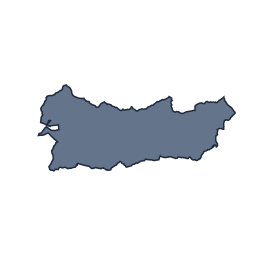 outline of Valea Salciei, Buzau, Romania, rotated 121°
{"feature_id": "2599482B75081483898693", "entity_name": "Valea Salciei", "entity_type": "district", "adm_level": 2, "iso_a3": "ROU", "parent_name": "Romania", "parent_adm1": "Buzau", "projection": "natural_earth1", "projection_center": [26.813, 45.506], "detail": "fine", "context": "isolated", "style": "filled", "palette": "slate", "viewbox_px": 256, "rotation_deg": 121, "n_neighbors": 0, "source": "geoboundaries", "source_scale": "gbopen_adm2", "svg_char_len": 5847}
<svg xmlns="http://www.w3.org/2000/svg" viewBox="0 0 256 256"><g transform="rotate(121 128 128)"><path d="M155.2,212.9L156.4,212.7L157.2,212.0L157.9,211.2L158.3,209.9L159.3,209.5L159.9,209.1L160.4,208.5L160.6,207.8L161.5,208.0L163.8,207.8L168.3,205.7L167.5,201.8L167.3,199.6L166.7,199.1L166.3,199.0L165.6,199.4L164.4,199.4L162.8,199.8L162.2,199.5L161.7,198.9L161.6,198.2L163.9,198.5L165.3,198.9L166.6,198.6L167.1,199.0L167.6,199.0L166.9,195.7L166.3,195.9L161.2,189.3L164.9,186.4L167.8,189.2L168.2,190.3L169.5,192.2L169.1,198.7L171.2,199.3L171.8,199.2L173.6,199.6L175.3,199.5L176.0,199.8L176.7,199.8L177.7,200.3L178.2,201.2L178.5,201.3L178.8,201.3L179.2,201.0L180.2,201.1L180.6,201.0L177.4,196.6L173.8,194.3L173.4,193.7L173.4,193.2L174.4,190.0L174.7,188.6L175.4,185.8L176.1,181.2L177.1,181.6L177.6,182.1L177.9,182.2L180.0,181.7L181.3,182.2L182.7,182.2L184.0,181.6L184.3,181.7L186.9,181.7L188.9,180.0L189.4,178.9L190.8,177.6L192.8,176.3L193.7,176.0L196.9,175.9L197.9,175.6L199.3,175.8L200.3,175.6L201.7,175.9L202.3,175.5L202.7,174.8L203.7,174.0L203.9,173.4L203.9,172.3L203.7,171.8L203.1,171.3L203.0,169.5L202.5,169.2L200.9,169.0L200.0,167.5L199.7,166.5L197.6,166.6L196.8,166.3L196.2,165.1L196.2,164.3L195.7,163.2L194.3,162.2L194.1,161.6L193.8,159.5L193.9,159.0L193.8,158.6L193.0,157.8L192.5,157.5L192.4,156.9L191.6,155.8L190.9,155.4L188.5,152.9L187.4,152.9L186.2,153.3L186.0,153.1L186.2,152.5L186.0,152.4L185.8,152.3L185.0,153.0L184.0,152.6L184.0,151.8L183.2,149.2L182.9,147.6L182.7,147.2L182.3,145.3L181.9,144.8L181.3,142.6L180.8,142.1L181.1,140.1L181.4,139.1L181.4,138.3L180.5,136.8L178.9,135.9L178.5,134.7L178.0,134.0L177.9,132.9L177.0,131.1L176.9,130.2L176.7,130.0L176.3,130.0L175.6,129.5L175.2,128.7L174.7,128.3L174.8,128.0L175.1,127.8L174.8,126.6L175.2,124.9L174.8,124.7L174.6,123.7L173.9,122.4L173.1,121.6L172.4,121.3L172.2,121.5L170.6,121.6L169.4,120.9L168.5,120.6L167.7,120.0L166.4,119.6L165.7,118.8L163.8,118.9L162.2,117.9L160.7,117.6L160.6,117.3L160.8,116.0L161.4,115.2L161.2,113.6L161.0,113.0L161.7,112.3L161.5,110.9L162.4,109.5L162.2,108.9L161.2,108.1L160.7,107.5L159.6,106.7L158.6,105.6L157.3,105.6L156.3,104.8L155.8,103.9L154.5,103.3L153.9,103.2L153.4,101.9L153.2,101.6L151.8,101.1L151.0,100.4L150.0,100.1L149.4,99.5L148.9,98.7L148.1,98.2L147.9,97.3L145.5,96.7L145.3,95.6L144.0,92.7L143.4,92.0L142.4,88.8L139.3,85.2L136.3,86.0L135.4,86.0L135.6,85.7L135.2,84.4L135.1,83.3L134.7,82.1L133.9,80.5L133.8,80.2L132.9,79.6L132.6,78.7L131.8,78.4L131.2,77.2L130.5,76.7L130.3,75.9L130.4,74.9L130.1,73.8L129.6,72.8L129.7,71.9L129.6,71.5L128.3,70.1L127.2,70.2L126.7,69.7L125.9,66.8L124.8,65.6L124.7,64.4L124.1,64.1L123.9,63.5L124.1,62.6L123.4,60.9L123.2,60.7L122.7,60.6L122.1,60.8L120.9,59.9L121.9,57.5L121.9,55.8L120.7,54.2L120.8,53.5L120.5,52.4L119.9,51.9L118.9,51.5L118.4,50.9L117.5,50.8L117.4,50.4L115.7,50.3L114.1,50.8L112.1,50.9L111.2,50.6L109.3,50.8L108.1,50.1L107.5,49.3L106.3,48.6L105.5,48.6L105.3,47.9L104.8,47.2L103.3,46.6L102.4,45.8L101.4,45.9L100.9,45.2L100.7,45.2L100.5,45.6L100.2,45.9L100.0,45.4L99.6,44.9L98.9,45.8L98.4,45.5L98.2,45.1L97.9,45.0L97.7,44.2L97.9,43.3L98.6,42.9L98.7,42.5L97.9,42.2L97.0,42.2L95.5,43.2L95.2,43.6L94.7,44.7L93.7,46.3L93.1,46.5L91.8,47.5L89.3,48.6L88.3,48.0L87.2,48.0L86.9,48.7L86.5,49.1L84.3,49.6L83.4,50.2L83.3,50.6L81.3,49.3L80.2,47.1L80.1,45.6L79.8,45.3L78.8,45.9L78.4,46.4L77.3,46.5L77.0,46.9L75.0,48.3L72.2,49.1L71.0,48.8L71.0,48.3L70.2,47.6L70.1,46.8L69.8,46.1L69.1,45.6L68.1,45.2L66.2,45.3L64.3,44.8L63.5,44.9L61.3,44.0L60.6,43.8L59.7,44.1L59.6,44.4L59.3,44.5L59.3,45.3L57.5,49.2L57.1,50.8L57.1,52.4L56.7,54.8L55.0,58.1L55.0,58.7L54.7,59.3L53.5,60.2L52.8,61.3L52.1,61.8L53.8,62.3L54.9,62.9L56.3,63.3L57.2,64.1L58.0,64.1L60.6,64.9L60.7,65.1L60.6,66.2L61.3,66.4L61.6,67.7L63.0,70.0L63.2,70.8L64.4,71.7L64.5,73.9L65.5,74.7L67.2,74.9L67.6,75.1L68.3,76.1L68.6,77.9L69.9,79.5L73.2,81.5L75.0,81.8L76.3,80.8L78.5,79.6L79.1,80.8L80.1,81.7L83.3,85.4L84.8,86.9L86.5,87.8L87.4,88.8L88.3,90.4L88.1,92.2L88.1,93.2L88.6,93.7L88.8,94.7L90.0,95.7L90.3,96.4L90.3,97.5L90.1,98.6L89.6,99.4L88.2,100.5L87.3,102.2L86.8,102.4L86.2,102.2L85.4,102.5L84.8,103.7L83.5,104.7L82.4,104.7L82.0,104.4L82.0,104.6L80.7,105.4L80.5,105.8L80.1,105.9L79.9,106.1L79.8,108.0L80.1,108.4L80.0,109.0L81.3,109.0L82.4,109.9L84.2,110.7L84.7,111.4L85.6,111.8L85.6,112.8L85.8,113.0L86.5,113.6L87.6,113.9L87.9,114.4L89.8,115.2L90.0,115.5L90.0,116.1L91.1,116.9L92.7,117.2L93.8,117.8L95.6,118.3L96.1,119.2L96.7,119.7L98.8,120.7L99.4,121.4L100.2,121.9L102.2,122.0L102.9,123.2L104.0,124.3L104.2,125.4L104.8,126.3L107.0,128.1L108.2,128.4L108.5,129.1L108.9,129.5L109.1,130.0L108.8,130.9L108.8,132.8L108.9,133.6L108.1,134.9L107.9,135.5L108.1,135.6L108.1,136.0L109.3,135.8L111.5,136.4L111.8,136.6L112.1,137.9L113.5,139.1L113.9,139.8L114.5,140.2L114.6,140.9L114.4,141.7L114.4,142.0L116.7,142.8L116.8,144.3L116.6,146.8L116.2,148.2L116.4,148.9L117.0,149.5L116.9,151.0L117.4,153.1L117.3,153.5L116.9,154.3L117.7,157.5L118.5,158.0L118.0,158.9L118.3,159.9L118.1,160.3L118.2,160.7L117.8,161.6L119.1,162.5L120.0,162.9L120.1,163.2L121.9,163.9L122.9,163.7L123.6,163.9L125.0,164.0L126.1,165.0L126.5,166.2L125.9,167.3L126.0,168.9L126.5,170.7L126.4,171.7L126.5,172.7L126.2,174.0L125.4,175.1L126.1,176.3L126.3,176.7L126.2,177.5L126.4,178.0L126.0,179.1L126.0,180.1L125.2,181.1L126.6,182.9L127.9,185.9L128.6,190.8L128.2,192.4L127.3,193.9L125.2,195.6L123.7,198.0L123.4,199.5L123.5,200.5L123.3,201.3L123.5,201.9L122.8,202.9L124.6,204.8L125.5,205.1L126.6,205.0L128.2,204.4L128.6,204.5L129.3,204.3L130.3,204.8L130.7,205.4L132.8,206.1L134.2,207.0L135.3,208.0L136.0,208.2L137.1,208.0L137.8,208.8L139.3,209.7L140.7,212.0L142.4,213.7L142.9,213.7L143.0,213.5L143.8,213.8L144.3,213.8L145.8,212.6L146.6,212.7L147.5,213.0L148.4,213.0L148.6,212.9L149.1,212.7L151.5,212.5L151.6,212.2L151.9,212.3L152.2,212.7L155.2,212.9Z" fill="#64748b" stroke="#1e293b" stroke-width="1.5"/></g></svg>